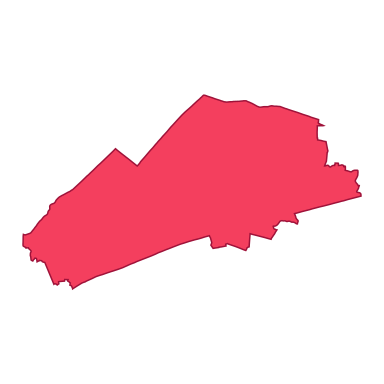 Gia Rai, Bạc Liêu, Vietnam (Albers equal-area conic projection)
{"feature_id": "81297802B74217032443586", "entity_name": "Gia Rai", "entity_type": "district", "adm_level": 2, "iso_a3": "VNM", "parent_name": "Vietnam", "parent_adm1": "Bạc Liêu", "projection": "albers", "projection_center": [105.394, 9.263], "detail": "fine", "context": "isolated", "style": "filled", "palette": "rose", "viewbox_px": 384, "rotation_deg": 0, "n_neighbors": 0, "source": "geoboundaries", "source_scale": "gbopen_adm2", "svg_char_len": 5939}
<svg xmlns="http://www.w3.org/2000/svg" viewBox="0 0 384 384"><path d="M72.7,288.8L77.7,285.6L81.8,283.1L83.7,282.3L85.1,281.9L86.4,281.1L92.2,278.5L95.0,277.1L96.3,276.5L100.2,275.2L102.0,274.7L107.4,272.8L118.4,269.2L119.3,268.9L120.6,268.4L122.6,267.7L129.0,264.8L131.1,263.9L134.4,262.7L136.9,261.5L151.3,255.9L155.5,254.1L158.4,252.7L161.9,251.4L166.5,249.5L168.2,248.9L173.5,246.8L180.0,244.3L180.9,244.0L183.9,243.1L188.8,241.5L190.9,240.9L194.7,239.8L198.4,238.9L201.5,238.0L204.9,236.9L209.4,235.7L209.6,236.5L209.8,236.8L210.2,237.4L210.4,237.7L211.7,242.4L211.7,242.9L211.6,243.2L211.0,244.8L210.9,245.2L213.1,248.4L214.6,248.1L218.8,247.5L218.9,247.2L221.4,246.9L226.0,246.0L225.7,244.2L227.6,243.6L228.2,244.0L235.5,246.5L239.2,247.9L243.3,249.6L245.8,250.5L246.2,249.9L246.4,249.5L247.1,247.8L247.6,247.4L247.9,247.2L249.1,246.9L249.8,237.2L250.1,233.7L252.4,234.4L254.9,235.0L264.6,237.5L268.8,238.7L271.1,239.3L271.6,238.0L272.4,237.0L273.3,235.6L274.6,233.8L275.4,232.2L276.9,229.9L276.3,229.8L275.4,229.3L274.5,229.2L274.3,229.0L274.0,228.8L273.7,228.2L273.3,226.7L273.2,226.3L273.3,226.1L273.7,226.2L274.1,226.2L274.7,226.1L275.4,226.0L276.0,225.7L276.9,225.2L277.5,224.6L277.9,224.2L279.0,222.7L279.8,221.5L280.0,221.3L280.3,221.1L281.0,220.8L281.6,220.7L282.2,220.7L283.3,220.9L283.7,220.9L285.0,220.8L285.6,221.0L286.1,221.3L286.9,221.5L287.2,221.5L288.4,221.2L289.4,221.2L290.2,221.4L291.1,221.9L291.5,222.1L293.7,222.2L295.2,222.9L296.3,223.7L296.5,223.8L297.4,223.9L297.5,223.2L298.1,221.3L298.1,220.9L298.0,220.6L297.8,220.3L297.0,219.5L296.6,219.0L296.0,218.0L295.6,216.4L294.5,213.6L295.8,213.3L297.0,213.0L302.3,211.5L309.8,209.6L312.0,208.9L319.2,207.0L323.9,205.9L329.0,204.6L334.1,203.2L339.2,201.9L341.6,201.2L343.6,200.8L347.5,199.6L361.0,196.1L360.9,194.2L360.8,193.9L360.5,193.4L360.0,193.0L359.7,192.8L359.0,192.6L357.4,192.3L357.1,192.2L356.8,191.8L356.7,191.6L356.8,191.2L357.7,189.8L358.5,188.2L358.6,187.9L358.7,187.1L358.8,186.8L359.3,185.8L359.3,185.6L359.1,185.6L358.9,185.6L358.3,185.8L358.2,185.7L357.7,184.6L357.5,184.3L356.3,183.0L355.9,182.4L355.5,181.7L355.3,181.1L355.3,180.8L355.5,180.0L355.8,179.4L356.3,178.6L357.3,176.6L357.7,175.5L357.8,174.9L357.9,173.2L358.0,172.3L357.9,171.1L357.8,170.5L357.5,170.3L357.1,170.2L355.8,170.3L355.2,170.2L354.5,170.3L353.9,170.4L353.1,170.7L352.4,171.1L351.6,171.7L351.2,171.8L350.7,171.8L350.2,171.7L347.4,170.8L346.0,170.5L345.2,170.3L345.4,168.5L345.4,166.7L345.3,166.4L345.2,166.2L344.6,166.2L344.5,166.3L344.4,166.6L344.2,166.8L343.8,166.7L343.7,166.6L343.7,165.6L343.5,165.4L343.2,165.4L342.1,164.9L341.7,164.9L340.8,165.2L338.5,165.5L338.4,163.8L338.4,163.3L338.3,163.2L336.0,163.1L335.1,163.1L335.1,164.2L335.0,164.4L334.8,164.4L334.7,164.5L334.6,165.5L333.3,165.4L332.9,165.5L332.2,165.8L331.7,166.1L330.8,166.8L330.4,167.0L330.0,166.9L329.6,166.8L329.2,166.4L328.6,165.7L328.0,165.3L327.5,165.3L327.1,165.3L325.1,165.9L324.6,165.9L325.6,163.1L326.4,161.3L327.0,154.8L327.2,152.5L327.4,152.4L327.5,152.2L327.8,151.2L327.9,150.9L327.5,149.3L326.0,141.6L323.6,141.2L321.1,140.5L317.6,139.9L317.6,138.1L317.2,138.0L317.2,137.1L317.1,132.1L317.3,127.9L317.3,125.8L323.0,125.7L323.5,125.6L322.1,124.9L319.3,123.9L319.4,123.6L318.4,123.2L318.2,122.8L318.3,122.3L318.5,121.6L318.6,119.6L311.0,117.2L308.9,116.3L302.9,114.4L297.6,112.5L295.4,111.8L292.6,110.9L291.9,110.7L290.8,110.3L288.6,109.6L286.5,108.8L285.6,108.6L280.0,106.5L278.1,106.4L276.4,106.2L274.3,106.2L272.5,105.9L271.7,105.8L270.9,105.9L269.9,106.1L268.6,106.5L267.9,106.7L265.9,106.7L263.8,106.7L261.2,107.1L260.1,107.2L259.3,107.1L257.0,106.2L256.0,105.6L252.4,103.6L249.3,102.2L247.6,101.6L246.4,100.9L245.6,100.8L243.7,100.8L242.4,101.0L240.9,101.1L239.5,101.3L233.3,101.5L232.5,101.7L229.6,101.8L227.9,102.0L226.4,102.1L225.2,101.9L224.2,101.8L221.9,101.0L221.0,100.8L220.1,100.4L214.7,98.7L212.7,97.9L207.7,96.3L205.3,95.4L204.4,95.2L203.5,95.2L202.3,96.3L201.7,97.0L200.6,97.9L199.8,98.8L197.1,101.1L194.2,103.8L193.2,104.7L191.9,106.0L189.0,108.6L185.1,112.0L181.9,115.1L180.5,116.6L178.0,119.3L175.0,122.6L172.9,124.9L170.8,127.1L169.8,128.3L166.9,131.8L162.7,136.3L160.8,138.6L158.2,141.4L157.0,142.9L155.6,144.4L152.9,147.7L150.1,150.7L144.5,157.3L140.5,161.8L140.2,162.5L139.8,163.0L138.6,164.5L137.2,166.0L127.7,158.4L126.1,157.2L119.7,152.2L117.1,150.1L115.5,148.7L113.1,151.2L100.5,163.3L97.7,165.8L93.3,170.2L90.2,173.1L88.4,174.9L87.0,176.0L81.6,181.3L72.8,189.5L72.4,189.8L71.5,190.2L70.1,191.3L69.1,191.8L68.3,192.1L63.4,194.8L62.1,195.4L59.5,196.9L58.6,197.6L58.0,198.2L56.4,199.9L56.1,200.3L55.0,202.4L54.5,202.9L54.0,203.3L51.5,204.2L51.2,204.4L50.4,205.0L49.9,205.7L49.7,206.5L49.8,208.6L49.8,209.0L49.5,209.7L48.7,210.6L48.2,211.3L48.0,212.0L47.7,213.4L47.5,213.9L47.1,214.4L46.6,214.9L45.2,215.7L44.4,216.2L43.2,217.4L41.6,219.5L41.1,220.0L40.1,220.8L39.2,221.8L37.2,224.4L36.9,224.9L36.8,225.2L35.9,226.4L34.9,227.6L34.0,228.9L32.5,230.7L31.6,231.9L31.0,232.6L30.6,233.0L29.5,233.5L25.7,234.8L25.0,234.9L24.1,234.7L23.4,234.4L23.2,236.0L23.1,242.2L23.0,244.2L23.1,245.8L23.2,246.0L24.1,246.6L25.4,247.3L26.2,247.6L26.1,248.0L28.4,247.8L28.9,248.8L30.2,249.9L30.8,250.5L31.0,250.9L31.1,251.7L30.6,252.6L30.4,253.4L30.3,255.3L30.4,256.0L30.7,256.6L30.8,257.3L31.0,259.3L31.2,260.2L31.3,260.3L31.8,260.5L32.5,260.9L32.8,261.0L33.5,259.8L34.5,258.9L34.7,258.5L34.8,258.2L35.2,258.2L36.1,258.4L36.4,258.5L36.5,258.7L36.7,259.4L37.1,261.8L37.4,261.6L38.8,260.9L39.3,260.8L39.4,260.4L40.1,260.5L41.6,260.7L41.9,261.0L42.2,261.6L43.2,262.1L44.8,262.4L53.9,284.3L54.5,283.8L55.0,283.7L55.2,283.8L55.6,284.0L56.3,284.1L57.2,285.0L58.0,284.4L58.9,283.8L58.6,282.8L58.6,281.7L60.0,281.5L63.2,281.2L64.5,281.1L64.7,279.5L68.0,279.6L67.9,279.8L67.5,280.6L67.6,280.9L67.8,281.1L68.4,281.4L68.9,281.7L69.4,282.3L70.3,283.0L70.0,284.2L70.0,285.3L70.8,285.4L71.2,285.7L71.7,286.3L72.3,287.9L72.7,288.5L72.7,288.8Z" fill="#f43f5e" stroke="#9f1239" stroke-width="1.5"/></svg>